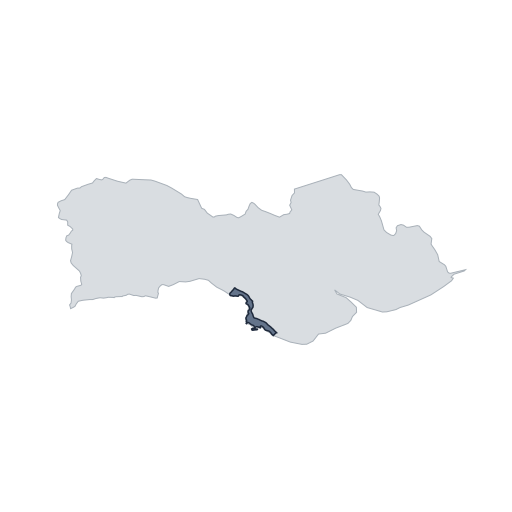 location of VI-6 Upper Canje/Corentyn, East Berbice-Corentyne, Guyana, rotated 106°
{"feature_id": "73187651B40141145905740", "entity_name": "VI-6 Upper Canje/Corentyn", "entity_type": "district", "adm_level": 2, "iso_a3": "GUY", "parent_name": "Guyana", "parent_adm1": "East Berbice-Corentyne", "projection": "equal_earth", "projection_center": [-57.578, 5.103], "detail": "fine", "context": "in_parent", "style": "filled", "palette": "slate", "viewbox_px": 512, "rotation_deg": 106, "n_neighbors": 0, "source": "geoboundaries", "source_scale": "gbopen_adm2", "svg_char_len": 7171}
<svg xmlns="http://www.w3.org/2000/svg" viewBox="0 0 512 512"><g transform="rotate(106 256 256)"><path d="M181.1,237.5L172.3,224.3L163.5,211.1L154.8,198.1L154.3,196.3L157.9,190.1L161.2,185.7L163.9,183.2L165.2,180.9L164.2,171.4L164.3,168.0L163.0,164.3L162.1,160.1L163.2,156.6L164.5,154.2L166.2,153.2L170.3,152.4L173.1,152.0L174.1,150.6L175.8,149.0L178.0,148.9L182.2,150.0L184.2,147.9L187.7,145.1L195.6,140.2L197.4,137.0L198.7,132.0L198.5,129.6L197.7,128.8L195.8,127.9L192.8,127.8L190.3,129.1L187.9,128.4L185.8,125.3L185.7,122.8L186.9,119.2L186.2,116.9L182.3,109.3L182.3,107.2L185.2,103.9L186.8,101.0L189.1,94.1L190.8,91.8L196.3,91.0L197.7,89.5L200.6,85.9L204.7,81.7L210.8,78.4L212.5,72.4L213.6,70.7L218.4,67.5L219.2,65.9L219.1,64.4L211.4,50.8L213.0,51.7L218.9,60.6L222.2,62.5L222.9,62.5L222.9,60.2L225.9,61.2L233.8,67.3L245.2,77.2L261.2,96.1L265.8,103.3L268.9,106.7L273.6,114.9L275.0,119.0L274.9,135.0L270.6,145.8L269.6,154.0L269.4,164.9L266.9,171.1L270.2,167.7L271.2,157.9L274.0,152.0L277.6,145.4L282.4,143.8L287.6,146.6L291.8,147.1L295.5,149.1L303.4,159.5L311.0,167.8L313.8,174.4L322.0,177.7L326.8,182.9L328.3,187.5L329.3,199.3L327.7,217.2L328.1,218.1L325.9,221.6L325.5,223.9L324.1,227.9L323.0,230.0L324.6,235.0L326.5,235.2L327.2,235.8L327.6,236.8L327.5,237.8L326.8,238.8L325.1,240.0L323.4,242.8L323.5,246.0L322.5,247.6L319.1,248.5L312.6,248.5L309.3,248.7L306.7,249.2L305.0,251.3L302.9,252.7L301.2,253.0L299.7,255.4L298.2,258.8L298.7,261.1L300.2,264.1L301.1,267.3L299.9,272.4L298.6,276.3L297.9,279.3L296.8,285.1L294.3,291.4L292.5,295.0L292.5,298.9L293.4,304.5L298.6,312.6L300.3,316.5L301.7,322.7L306.3,327.6L309.3,331.6L309.0,336.8L309.4,338.5L311.2,339.8L313.4,340.8L315.9,340.7L318.1,340.3L318.6,339.5L323.6,339.4L324.2,340.8L324.5,348.3L324.7,351.3L325.9,352.6L326.6,354.4L326.7,356.1L326.9,360.4L327.7,362.6L327.5,367.1L328.1,368.7L329.5,369.9L331.2,373.1L331.9,373.5L332.2,374.6L333.7,379.2L334.5,380.6L335.1,380.8L335.3,382.4L336.4,386.7L337.1,387.8L338.5,390.9L339.1,394.4L341.0,398.2L342.9,401.0L343.7,403.8L346.2,410.1L348.5,414.4L351.7,415.6L354.4,416.2L356.1,417.9L357.7,419.7L356.0,420.6L354.4,421.7L352.2,420.8L349.1,421.3L346.0,422.5L343.0,423.1L337.5,421.2L335.8,420.9L334.7,420.0L332.4,416.2L331.3,415.7L328.4,417.5L324.8,418.8L323.1,418.5L321.0,419.8L319.1,421.6L315.5,429.1L313.6,431.8L311.6,433.0L307.5,433.0L303.2,433.3L300.0,435.1L297.0,436.0L295.4,436.2L294.9,440.3L294.2,442.2L293.3,443.3L290.9,443.7L288.8,443.5L287.5,441.8L285.2,440.9L283.0,440.3L281.7,439.3L280.6,439.6L279.7,441.3L278.9,442.8L278.3,445.5L275.1,446.4L273.7,447.9L274.5,453.0L274.1,455.0L273.5,456.5L269.6,456.8L266.3,456.7L264.4,458.6L262.0,460.8L260.6,461.2L258.9,461.0L256.6,458.5L254.5,455.4L249.0,453.2L243.6,451.4L240.0,446.4L239.2,444.0L237.5,442.9L233.3,437.1L230.9,433.3L228.4,432.3L225.5,430.7L225.6,427.9L225.4,425.3L224.2,424.2L222.4,423.5L221.8,422.0L222.0,418.6L222.3,409.7L221.8,401.1L217.9,398.2L216.3,396.2L213.3,383.6L211.9,377.9L211.9,373.7L212.8,361.1L214.0,355.6L217.0,344.7L218.7,341.0L218.8,338.2L218.6,334.7L217.8,327.7L222.9,323.3L225.1,321.4L225.4,318.4L228.2,314.7L229.4,311.1L230.4,308.3L230.1,306.9L228.9,306.0L227.5,303.3L224.6,295.7L223.5,294.1L222.6,291.9L223.1,288.5L224.2,284.9L224.1,283.3L222.3,281.3L218.7,278.0L215.7,277.8L213.3,276.6L209.9,276.4L207.2,276.0L205.6,274.8L205.9,272.8L206.6,271.2L208.9,267.4L210.5,263.2L210.7,259.2L211.2,253.9L211.8,249.3L212.2,244.1L208.6,240.7L207.4,237.9L205.9,235.4L204.3,235.4L201.8,234.3L197.9,237.6L194.9,237.0L192.8,238.2L187.9,238.0L184.8,236.4L181.1,237.5Z" fill="#d9dde1" stroke="#a8b0b8" stroke-width="1"/><path d="M324.1,215.1L324.0,215.3L323.7,215.7L323.4,216.4L323.1,217.0L322.9,217.4L322.5,217.9L322.2,218.5L321.8,219.0L321.5,219.6L321.3,220.2L321.0,220.7L320.7,221.4L320.4,221.8L320.2,222.3L319.9,223.0L319.5,223.9L319.3,224.5L319.0,225.3L318.8,225.7L318.5,226.2L318.1,226.8L317.8,227.3L317.4,228.0L317.3,228.6L317.1,229.2L317.0,229.9L316.8,230.7L316.7,231.3L316.8,232.0L316.7,232.9L316.6,233.7L316.5,234.2L316.4,234.9L316.2,235.5L316.2,236.3L316.1,237.0L316.0,237.6L315.9,238.2L316.0,238.7L316.0,239.3L316.0,239.9L316.1,240.4L315.9,240.9L315.5,241.4L315.1,241.7L314.7,241.9L314.4,242.2L314.1,242.4L313.7,242.6L313.2,242.9L312.8,243.2L312.5,243.5L311.7,244.3L311.3,244.7L310.8,245.1L310.3,245.4L309.9,245.6L309.4,245.7L308.9,245.8L308.4,245.5L308.0,245.4L307.5,245.3L307.1,245.2L306.7,245.0L306.3,244.9L305.9,244.8L305.4,244.9L305.0,245.0L304.4,245.1L303.9,245.3L303.4,245.5L302.9,245.8L302.5,246.1L302.0,246.5L301.7,246.7L301.3,246.7L301.0,246.8L300.4,246.8L300.1,247.4L299.9,247.9L299.5,248.4L299.3,248.9L298.9,249.6L298.6,250.1L298.2,250.5L297.9,250.8L297.5,251.2L297.1,251.5L296.7,252.0L296.4,252.3L296.1,252.8L295.9,253.2L295.6,253.8L295.4,254.3L295.2,255.2L295.0,255.9L294.9,256.5L294.7,257.1L294.5,257.7L294.2,258.8L294.1,259.3L294.1,259.8L294.1,260.4L294.0,261.1L293.9,261.7L293.8,262.4L293.7,263.0L293.6,263.5L293.5,264.3L293.4,264.9L293.3,265.5L293.1,266.1L292.9,266.6L292.6,267.1L292.5,267.6L292.8,267.9L293.2,268.1L293.7,268.2L294.0,268.2L294.5,268.5L294.9,268.7L295.3,268.8L295.7,269.1L296.1,269.3L296.5,269.5L296.9,269.6L297.3,269.8L297.7,270.0L298.0,270.2L298.4,270.5L298.7,270.6L299.2,270.8L299.6,270.8L300.0,270.7L300.4,270.4L300.8,270.2L301.0,269.9L301.1,269.4L301.1,268.9L300.8,268.5L300.8,267.9L300.8,267.3L300.9,266.8L300.2,265.4L300.0,264.7L299.9,264.5L299.8,262.9L299.6,262.1L299.2,261.9L298.1,261.6L298.0,261.4L297.7,261.0L297.6,259.7L297.6,259.0L297.7,258.1L297.9,257.5L298.6,256.8L299.3,255.3L300.0,254.1L300.5,253.4L300.8,253.1L301.4,252.3L302.0,251.9L302.3,251.8L303.0,252.3L303.6,252.6L304.1,252.6L304.4,252.5L304.6,252.3L304.7,251.8L304.8,250.7L305.1,250.1L306.2,249.0L306.3,248.8L306.4,248.7L306.5,248.6L307.1,248.1L307.6,247.7L308.0,247.6L309.1,247.5L309.5,247.6L310.3,248.1L310.8,248.4L311.3,248.3L311.9,248.2L312.1,248.1L313.4,247.3L313.4,247.2L313.9,247.2L315.2,247.8L315.5,248.0L316.2,248.3L316.9,248.3L317.6,248.5L318.0,248.6L318.3,248.5L319.0,248.4L319.4,248.1L319.7,247.9L320.0,247.5L320.5,247.3L320.8,247.2L321.5,247.2L321.9,246.7L322.1,246.6L322.6,246.4L323.2,246.6L323.5,246.8L323.7,246.5L323.6,246.4L323.1,246.2L322.6,246.0L322.3,245.8L322.1,245.3L322.1,244.8L322.4,243.7L322.7,243.0L323.3,241.5L323.4,240.9L323.4,239.7L323.5,239.3L323.7,238.8L324.2,238.4L324.8,238.0L325.3,237.8L325.9,238.0L326.3,238.4L326.7,239.1L327.0,239.8L327.2,240.0L327.4,240.1L328.1,239.6L328.3,239.3L328.3,238.9L327.9,237.9L327.5,237.2L326.9,235.8L326.8,235.2L326.6,234.8L326.3,234.4L326.0,234.4L326.0,234.6L326.0,234.9L326.2,235.5L326.3,236.0L326.2,236.6L326.1,236.9L325.8,237.0L325.3,237.1L324.9,237.1L324.4,236.8L324.0,236.4L323.7,235.8L323.6,235.2L323.6,234.0L323.9,232.4L323.8,232.0L323.6,232.0L323.3,232.3L322.9,232.4L322.8,232.5L322.3,232.4L321.9,232.1L321.8,231.8L321.8,231.3L322.0,230.5L322.5,229.3L322.9,228.7L323.2,228.4L323.3,228.3L324.1,227.5L324.3,227.2L324.6,226.6L324.7,225.7L324.6,224.1L324.6,223.2L324.7,222.6L324.9,222.2L325.3,221.3L326.1,220.1L326.6,219.6L326.9,219.1L327.5,217.8L327.7,217.4L327.4,217.2L326.9,217.0L326.5,216.8L325.9,216.5L325.4,216.2L325.0,215.9L324.4,215.6L324.1,215.1Z" fill="#64748b" stroke="#1e293b" stroke-width="1.5"/></g></svg>